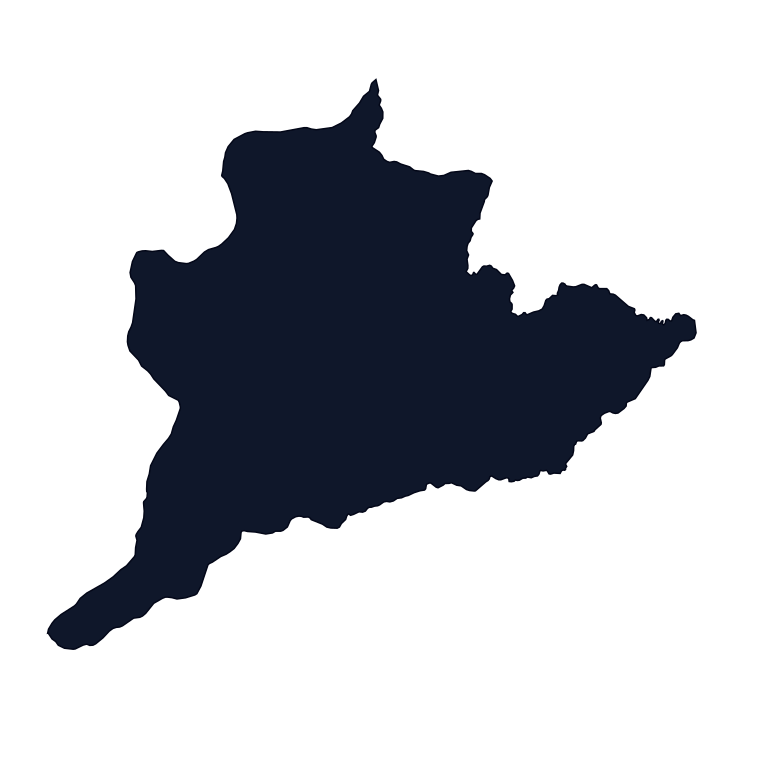 the district of La Celia, Risaralda, Colombia, rotated 277°
{"feature_id": "7082276B6796098252529", "entity_name": "La Celia", "entity_type": "district", "adm_level": 2, "iso_a3": "COL", "parent_name": "Colombia", "parent_adm1": "Risaralda", "projection": "albers", "projection_center": [-76.011, 4.98], "detail": "fine", "context": "isolated", "style": "filled", "palette": "ink", "viewbox_px": 768, "rotation_deg": 277, "n_neighbors": 0, "source": "geoboundaries", "source_scale": "gbopen_adm2", "svg_char_len": 6145}
<svg xmlns="http://www.w3.org/2000/svg" viewBox="0 0 768 768"><g transform="rotate(277 384 384)"><path d="M685.2,338.9L681.6,335.6L680.0,334.9L672.7,333.9L667.1,328.6L660.0,325.5L651.5,319.7L648.1,318.9L645.1,317.3L637.8,309.8L632.2,301.3L628.1,285.8L628.2,280.9L629.0,276.4L628.7,273.5L621.5,250.6L619.6,233.3L619.2,225.7L616.7,217.9L615.5,215.4L608.5,205.4L600.6,200.4L594.3,198.5L589.6,198.4L585.4,197.7L575.8,198.0L571.3,197.5L570.3,198.0L568.6,200.5L563.8,204.6L554.4,209.5L534.1,217.3L530.7,217.9L525.4,218.0L519.1,216.7L510.2,211.8L503.0,205.8L500.4,202.9L499.0,200.5L496.0,193.4L493.1,189.7L484.8,182.9L482.8,180.4L479.9,175.3L479.4,173.2L479.4,165.0L480.3,161.4L485.5,153.9L489.6,149.0L489.5,146.9L487.3,137.9L487.2,131.1L486.6,127.7L485.2,124.0L484.4,122.7L483.5,122.3L474.9,119.4L463.7,118.4L459.1,119.8L454.1,124.0L451.4,125.5L438.2,127.5L414.2,127.0L409.6,126.0L404.8,124.3L400.5,123.8L394.6,124.2L391.2,125.2L385.8,127.8L377.8,137.5L372.3,141.2L368.3,147.8L365.5,151.1L361.0,154.9L350.3,168.0L346.4,171.7L342.8,181.8L340.8,183.1L336.3,184.7L334.7,184.8L322.7,182.3L315.8,180.1L308.5,179.0L303.8,176.8L297.1,172.4L287.7,167.0L274.5,162.3L266.1,162.0L258.3,160.6L250.7,161.2L248.4,161.6L247.3,162.4L243.0,162.6L241.5,162.3L238.0,159.9L236.8,159.8L228.6,161.5L222.0,161.9L212.2,160.5L207.4,157.7L204.5,156.4L202.9,156.2L198.8,157.9L191.3,157.4L184.3,157.9L182.4,157.4L172.2,150.6L167.7,145.5L159.4,138.5L152.3,130.7L140.4,114.6L134.2,108.6L128.1,105.5L126.0,103.8L115.9,91.6L109.8,86.0L106.1,83.7L99.8,80.9L95.7,80.5L95.9,81.0L90.5,85.6L88.3,89.6L85.0,92.6L82.8,99.0L82.9,107.9L83.4,109.8L88.2,117.2L89.3,119.9L89.5,120.9L88.7,123.8L89.3,127.0L91.0,129.5L97.8,136.0L105.2,141.4L108.3,144.7L109.8,147.8L110.6,151.3L112.1,153.9L121.1,164.0L122.7,170.1L124.3,172.6L127.3,175.4L138.3,182.2L144.3,190.2L145.8,193.0L146.1,194.9L146.1,199.6L145.4,204.7L147.6,213.1L151.6,222.0L153.1,223.8L161.1,226.9L183.0,231.3L184.5,232.5L186.3,235.4L192.9,243.0L195.8,248.0L198.9,251.7L202.5,255.3L208.1,258.5L212.9,260.4L219.4,260.2L220.8,261.0L221.4,263.0L221.0,266.6L221.4,274.6L220.7,284.9L222.6,291.5L224.7,294.2L225.3,299.4L226.4,301.6L230.3,305.5L236.9,307.5L238.8,308.7L241.5,312.5L242.5,315.6L242.6,318.2L242.0,320.4L242.8,325.2L241.8,327.2L240.5,328.3L237.4,340.0L235.0,344.7L234.6,348.8L235.2,355.2L236.6,357.2L240.3,358.7L244.8,362.4L248.4,363.1L250.4,364.1L250.7,364.8L249.6,366.8L250.9,369.7L254.1,374.7L254.2,378.4L255.6,381.0L258.6,382.8L259.8,384.3L260.2,386.6L261.6,389.4L262.4,392.6L263.5,394.4L266.9,398.1L267.8,400.8L267.7,404.2L269.1,407.6L272.1,411.0L273.2,415.3L275.3,418.8L276.3,421.6L279.8,427.1L282.4,432.7L283.7,437.2L285.1,438.1L289.1,438.3L289.9,438.7L291.2,440.9L291.4,442.6L287.9,448.4L287.6,450.3L290.8,455.0L292.7,456.7L293.3,460.7L294.2,463.0L292.4,468.5L292.3,473.0L289.3,478.7L288.7,481.9L288.8,486.8L289.1,487.8L299.3,497.0L300.9,499.0L302.5,500.0L304.8,500.3L305.9,502.0L303.7,506.6L302.9,509.7L303.2,511.7L305.7,516.6L305.9,518.2L305.2,519.4L302.5,520.1L302.5,522.3L303.3,524.9L304.7,526.1L304.5,528.1L305.0,530.1L307.4,533.2L307.9,536.2L309.1,537.6L308.9,541.6L310.6,544.5L311.5,547.6L313.5,548.8L316.6,549.3L317.3,550.1L317.1,552.5L318.1,555.7L317.7,556.6L314.9,558.8L314.9,560.4L316.3,563.5L316.7,569.7L319.6,570.8L320.5,572.6L320.4,573.8L321.2,574.6L322.7,574.5L324.5,575.4L326.2,574.2L327.4,574.1L336.5,579.9L340.9,580.3L345.3,579.9L347.1,580.5L347.7,581.5L350.5,582.1L351.3,583.3L351.6,587.2L352.1,588.3L354.9,590.5L359.3,592.2L362.6,598.2L364.3,599.0L370.4,604.3L372.0,604.4L376.6,602.8L379.1,603.3L381.8,606.3L384.1,610.6L384.3,611.9L383.2,614.7L383.0,617.3L383.7,619.8L388.9,625.2L391.6,627.0L394.7,626.9L395.7,627.6L400.1,635.2L419.8,645.5L423.9,646.9L432.2,647.1L432.9,647.6L433.7,651.6L435.4,654.6L436.1,659.3L437.3,659.9L442.1,659.6L443.1,660.1L447.0,665.5L448.3,666.6L455.7,670.8L460.7,672.2L462.2,673.3L463.3,674.9L464.1,680.5L465.2,683.2L467.4,686.1L472.8,687.5L485.0,684.4L485.4,682.7L488.3,677.8L489.2,675.3L489.3,673.0L488.0,670.0L490.1,668.0L489.2,665.0L485.5,662.6L481.8,661.8L481.3,660.4L482.8,658.2L482.7,656.7L481.7,656.0L478.4,655.7L476.8,654.5L477.4,653.0L480.4,653.2L480.8,652.9L480.1,651.7L477.7,651.0L477.7,649.2L478.9,648.7L480.9,649.3L481.8,648.8L481.5,648.0L479.3,646.9L479.2,645.4L482.4,641.5L482.5,640.6L482.0,640.0L480.6,639.7L479.2,637.4L481.8,636.5L484.2,633.5L484.3,630.8L482.4,627.1L482.8,625.5L485.5,623.6L488.0,624.0L489.2,623.4L490.8,617.1L500.4,602.8L501.1,600.5L501.0,597.2L504.1,595.6L505.8,593.5L504.9,586.2L505.6,584.8L508.3,582.9L508.4,582.2L507.8,581.1L504.9,578.5L507.3,570.4L507.0,568.3L503.9,562.5L503.4,560.0L503.5,553.6L504.1,552.2L505.2,551.4L506.0,549.3L505.8,548.0L504.0,546.7L501.4,546.0L498.3,545.9L495.2,545.0L493.6,545.7L492.6,543.8L492.5,540.5L488.8,537.5L488.1,535.4L486.7,534.4L481.3,533.4L477.7,531.9L475.5,528.8L473.6,523.6L470.3,517.9L470.2,517.0L472.0,515.3L471.8,513.9L469.8,512.6L467.5,509.1L467.5,508.1L469.2,506.0L469.8,502.5L471.3,500.9L473.9,502.0L478.4,501.5L479.5,500.9L481.0,498.9L483.8,498.2L487.6,498.6L490.6,500.8L492.1,499.6L493.1,499.6L494.7,500.9L497.3,501.7L502.4,499.0L508.9,494.1L509.1,492.7L507.1,490.8L507.0,487.2L511.3,481.7L512.2,477.8L514.1,476.2L514.7,474.5L513.4,471.4L513.3,468.8L512.3,467.4L504.2,462.9L504.1,461.6L505.7,459.8L505.6,459.3L502.9,458.6L502.4,457.0L502.5,456.0L505.5,451.8L508.9,453.1L511.9,452.8L518.0,451.2L522.4,452.2L526.4,449.8L530.7,449.7L533.9,450.3L536.6,452.0L540.1,452.5L543.2,454.0L544.2,454.0L546.2,452.0L549.6,451.7L557.3,455.4L558.8,456.9L559.5,458.9L565.3,458.5L577.3,461.3L579.3,461.3L582.5,463.7L584.2,464.2L591.9,464.6L598.6,466.6L601.0,464.3L604.0,458.3L604.8,455.1L604.1,449.0L605.7,444.7L606.2,441.7L602.3,424.7L598.3,418.0L597.0,412.7L598.1,404.4L598.9,402.7L599.8,397.4L599.6,389.1L599.9,387.5L602.6,383.1L604.4,373.7L606.0,369.6L606.1,366.9L604.7,362.6L605.3,359.8L607.1,356.3L610.6,354.1L613.5,351.2L617.1,343.9L618.2,342.9L622.4,345.0L628.2,346.1L629.5,345.9L632.7,344.2L634.8,344.2L637.8,347.4L641.4,348.1L647.5,350.4L653.9,349.7L657.3,347.8L660.3,345.2L664.6,346.2L666.2,346.0L669.9,342.3L674.6,342.8L685.2,338.9Z" fill="#0f172a" stroke="#020617" stroke-width="1.5"/></g></svg>